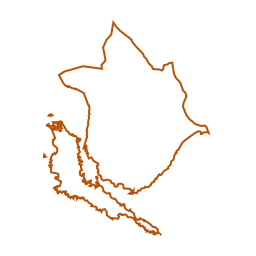 Kota Bitung, Sulawesi Utara, Indonesia (Mercator projection), rotated 98°
{"feature_id": "22746128B20507278995893", "entity_name": "Kota Bitung", "entity_type": "district", "adm_level": 2, "iso_a3": "IDN", "parent_name": "Indonesia", "parent_adm1": "Sulawesi Utara", "projection": "mercator", "projection_center": [125.223, 1.491], "detail": "fine", "context": "isolated", "style": "outline", "palette": "amber", "viewbox_px": 256, "rotation_deg": 98, "n_neighbors": 0, "source": "geoboundaries", "source_scale": "gbopen_adm2", "svg_char_len": 6019}
<svg xmlns="http://www.w3.org/2000/svg" viewBox="0 0 256 256"><g transform="rotate(98 128 128)"><path d="M81.0,198.9L85.1,203.7L92.7,198.3L95.0,195.6L95.0,193.3L96.6,193.4L95.3,193.2L95.9,193.0L95.9,192.8L94.8,192.3L95.9,190.3L96.9,185.5L96.3,185.3L99.5,176.7L111.0,170.4L111.2,169.6L114.7,168.8L118.3,168.8L119.6,167.9L121.1,168.7L122.9,168.0L128.1,168.4L129.5,167.8L136.0,168.7L136.9,168.0L141.1,167.9L141.5,167.2L152.9,169.0L152.9,167.9L151.2,167.8L151.3,166.8L153.7,166.3L154.7,168.3L155.0,166.4L155.7,166.1L156.0,166.9L156.4,166.9L155.7,165.8L157.5,164.9L158.4,165.4L158.5,164.4L158.8,165.2L159.4,164.8L159.1,164.9L158.5,164.3L158.7,164.0L160.7,164.3L163.6,162.5L162.2,160.1L165.3,157.7L167.4,152.6L169.2,152.4L169.6,153.4L170.2,153.4L169.7,153.2L172.0,153.1L172.4,152.2L174.0,152.1L174.7,151.2L176.3,151.8L178.9,149.8L178.9,148.7L180.3,147.6L182.3,147.2L183.4,144.9L182.0,141.1L182.7,137.7L184.4,137.0L185.4,133.8L186.8,133.7L188.1,132.2L186.9,130.1L185.7,130.5L184.6,129.6L184.1,126.6L185.1,124.9L188.4,123.8L188.0,117.7L188.9,117.1L188.8,116.4L190.5,115.5L190.1,115.2L190.3,114.9L192.4,117.1L192.2,116.0L188.8,113.9L190.0,113.9L192.7,115.6L192.5,114.7L193.2,114.9L191.1,112.9L191.2,110.1L188.4,109.3L188.3,107.3L186.1,106.3L185.1,103.3L183.7,102.9L183.9,100.2L183.2,98.9L181.8,98.4L181.5,97.5L179.1,97.0L177.9,94.9L177.0,95.2L176.2,94.2L174.6,93.9L174.3,92.6L173.4,92.9L172.5,91.9L170.2,91.2L169.4,90.1L170.1,89.5L169.5,88.3L165.9,86.7L162.3,82.4L161.1,82.8L158.6,80.7L155.1,80.6L152.9,78.5L148.4,78.2L146.8,77.1L145.8,77.3L145.4,76.4L143.9,76.7L142.5,75.1L135.1,72.2L132.6,70.2L124.1,61.5L121.6,58.2L121.4,56.5L122.1,55.2L123.8,55.0L123.7,54.2L121.9,52.8L121.1,48.7L121.6,47.5L116.1,50.5L115.0,51.8L115.8,56.6L114.6,62.1L110.7,68.3L107.0,72.1L99.2,76.5L95.6,76.5L88.5,74.5L86.7,75.2L84.8,76.4L83.5,78.5L75.4,82.9L71.9,87.4L67.7,90.1L57.2,93.3L57.8,95.8L59.8,98.2L60.8,101.1L65.1,101.5L66.4,102.4L65.7,104.8L66.1,111.6L63.3,113.2L61.5,116.0L56.8,119.7L55.2,121.9L52.3,123.6L46.0,131.7L41.7,136.1L40.0,136.9L33.0,149.1L29.6,153.5L25.6,157.2L37.8,157.6L43.8,161.6L51.7,163.9L63.5,159.8L65.0,160.1L69.2,163.0L73.0,162.1L73.1,181.2L81.0,198.9ZM228.5,85.5L227.8,82.8L226.5,84.3L224.5,84.3L222.5,87.0L222.3,90.0L220.0,92.8L217.6,97.8L218.1,99.0L216.7,99.4L216.5,102.8L217.8,105.8L216.6,106.8L216.4,108.4L211.6,110.4L210.0,113.8L208.6,114.3L210.0,115.5L208.9,118.5L207.5,120.1L205.1,120.6L203.8,121.6L204.4,122.7L205.6,122.7L205.8,124.8L204.0,125.2L203.6,127.5L199.8,131.0L200.2,131.9L199.6,134.2L198.3,135.8L195.1,136.9L195.8,139.8L194.0,143.5L191.2,144.3L189.4,146.1L188.8,148.2L185.1,150.7L186.6,152.0L187.9,149.7L189.0,149.8L189.4,149.0L190.6,150.4L189.5,150.6L189.3,151.6L191.0,152.1L189.6,152.5L189.0,154.2L189.0,155.4L191.0,156.8L190.7,158.1L189.0,156.0L187.9,157.1L187.7,158.5L185.9,158.5L185.7,157.4L185.2,157.5L186.6,159.7L189.4,161.1L189.3,162.2L187.1,162.2L187.9,163.3L187.1,164.4L187.4,165.3L185.9,165.5L185.6,163.5L184.4,163.6L183.1,165.0L179.3,165.3L179.4,166.0L182.0,167.2L181.1,168.9L177.7,169.7L176.1,167.7L174.5,168.9L171.5,169.4L170.9,168.8L170.7,169.5L171.3,170.0L170.5,171.4L168.9,170.9L167.8,168.5L166.4,170.1L167.4,171.3L166.9,172.4L165.2,172.4L164.1,171.2L163.1,171.9L163.6,173.4L160.6,173.3L160.5,173.9L158.4,172.3L155.5,174.2L154.1,173.7L153.8,175.0L152.9,174.3L150.9,175.8L149.5,175.6L149.2,176.6L147.3,177.3L146.3,177.0L146.1,175.7L147.8,174.5L147.0,173.8L145.4,173.9L145.1,176.7L143.2,178.8L143.5,181.0L142.2,181.3L141.7,182.6L142.8,183.2L142.1,185.4L140.7,185.8L139.1,188.7L134.9,191.6L133.4,193.5L131.6,194.0L130.7,195.5L132.0,198.4L132.7,195.2L133.3,195.0L133.0,194.0L134.7,194.3L134.6,196.1L137.3,193.4L138.0,194.7L140.1,193.8L140.7,195.1L138.6,197.4L137.8,197.1L137.8,197.7L137.0,196.9L136.9,197.6L134.0,197.8L133.1,200.2L132.3,200.4L132.7,203.2L134.0,202.2L135.8,203.0L136.9,204.4L137.3,205.7L136.6,206.6L135.1,207.0L136.0,208.5L137.1,208.5L137.0,207.1L139.2,204.1L138.8,202.0L137.5,202.1L136.1,200.8L136.7,199.6L137.7,200.7L139.6,199.5L139.1,201.0L140.2,201.3L140.6,203.0L148.3,198.7L150.2,200.6L150.8,200.0L152.5,200.6L155.0,199.6L157.7,195.5L160.9,194.7L163.1,195.6L163.6,196.3L163.1,197.1L164.3,197.0L164.3,199.0L168.4,200.2L169.5,199.6L170.0,200.3L171.1,199.1L172.4,200.5L173.2,199.3L173.8,200.3L174.7,199.8L175.5,198.4L175.9,199.4L177.0,198.8L176.6,200.5L177.8,199.8L178.0,198.7L182.5,198.0L183.0,191.2L183.8,190.4L186.7,190.0L186.5,192.6L188.0,193.1L190.3,186.8L195.2,187.5L195.3,189.8L196.5,189.7L196.4,191.9L198.0,192.9L198.4,191.4L199.3,191.3L199.0,189.6L200.1,189.7L200.8,188.2L201.4,188.9L202.3,188.7L202.5,188.2L200.1,186.7L201.5,184.4L199.8,183.5L200.1,182.4L199.3,181.0L199.8,180.5L201.3,181.5L202.3,180.9L202.9,179.9L201.8,179.4L202.1,177.8L204.6,177.5L204.0,176.0L205.3,175.2L204.2,174.4L205.3,172.5L203.7,173.3L202.7,171.8L203.4,171.0L202.5,170.3L202.6,169.5L205.3,168.6L203.6,168.1L204.3,164.7L203.3,164.4L203.1,163.4L204.1,163.3L203.6,162.0L205.4,160.9L205.9,159.7L205.5,158.3L207.5,156.6L208.7,153.1L209.5,152.7L210.5,153.4L210.4,148.9L211.4,147.9L213.2,147.9L212.9,147.0L213.6,145.7L212.8,144.6L213.8,144.5L213.5,143.1L214.6,142.5L212.5,141.9L211.5,139.8L214.1,137.4L217.3,136.9L220.4,131.1L219.4,131.4L219.2,125.1L217.0,124.5L216.0,125.7L214.3,124.8L214.1,123.1L215.1,122.3L213.9,118.0L216.3,115.9L216.0,111.5L217.6,108.9L221.2,106.1L221.0,104.4L222.3,103.8L221.7,103.0L222.9,103.0L222.9,101.7L223.6,101.3L222.9,100.0L224.6,98.4L224.2,97.5L226.5,96.9L226.3,95.0L228.0,95.3L227.3,92.0L227.7,89.9L228.6,89.1L227.1,89.9L226.5,89.0L228.5,85.5ZM126.9,208.2L126.6,205.5L125.9,204.6L125.1,206.0L125.8,207.7L126.9,208.2ZM168.9,208.0L167.9,205.4L166.1,207.2L168.4,207.3L168.9,208.0ZM181.8,151.1L180.4,152.0L181.1,152.9L182.9,151.6L181.8,151.1ZM230.4,86.2L228.9,86.3L228.2,88.1L229.5,88.0L229.6,86.5L230.4,86.2ZM215.0,103.7L215.9,103.6L216.0,103.1L215.0,103.7ZM228.5,91.6L228.4,91.1L228.0,91.0L228.1,91.4L228.5,91.6ZM228.9,80.7L229.1,80.7L229.1,80.3L228.9,80.7ZM205.1,166.4L204.6,166.1L204.4,166.3L205.1,166.4Z" fill="none" stroke="#b45309" stroke-width="2"/></g></svg>